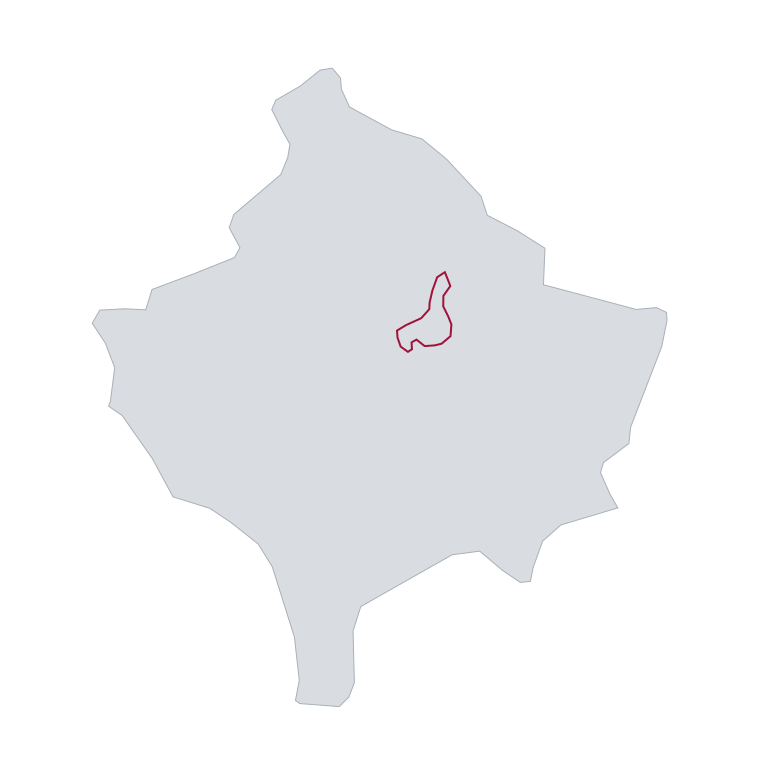 Obilić on a map of Kosovo (orthographic projection), rotated 356°
{"feature_id": "KOS-5900", "entity_name": "Obilić", "entity_type": "District", "adm_level": 1, "iso_a3": "XKX", "parent_name": "Kosovo", "parent_adm1": "", "projection": "orthographic", "projection_center": [21.04, 42.71], "detail": "fine", "context": "in_parent", "style": "outline", "palette": "rose", "viewbox_px": 768, "rotation_deg": 356, "n_neighbors": 0, "source": "natural_earth", "source_scale": "10m", "svg_char_len": 1385}
<svg xmlns="http://www.w3.org/2000/svg" viewBox="0 0 768 768"><g transform="rotate(356 384 384)"><path d="M202.3,260.7L243.7,247.4L249.8,237.9L240.5,217.2L246.1,204.3L295.6,167.9L303.8,151.3L306.9,138.2L300.3,124.3L291.2,102.5L295.7,93.4L321.3,80.9L342.1,66.4L354.4,65.3L362.0,75.8L362.0,86.7L368.8,105.1L384.1,115.0L409.5,131.1L439.0,142.2L462.2,164.2L493.9,203.5L498.8,222.9L527.4,240.3L554.0,259.8L550.0,296.1L640.7,327.2L661.1,326.8L670.8,332.3L670.7,340.6L663.7,366.0L627.0,444.3L624.1,460.5L597.4,477.7L593.8,487.5L601.5,509.0L608.6,524.0L608.0,524.0L550.7,536.9L531.3,551.8L519.9,577.6L516.3,591.1L506.1,591.5L489.2,578.2L467.8,557.4L440.0,559.1L345.3,604.4L335.9,628.2L333.6,679.9L327.1,693.8L316.9,702.7L277.7,696.9L273.6,693.5L278.8,673.7L277.0,630.3L259.8,558.5L247.4,534.9L221.6,511.4L201.6,495.9L165.7,481.9L147.7,442.3L120.7,397.3L107.7,386.9L109.8,382.5L116.5,348.8L109.0,324.1L97.2,303.1L105.6,290.5L130.7,290.9L151.5,293.4L159.2,273.5L202.3,260.7Z" fill="#d9dde1" stroke="#a8b0b8" stroke-width="1"/><path d="M452.5,276.7L454.5,282.8L457.0,290.9L449.4,300.2L448.5,310.7L452.8,321.1L455.4,329.3L453.7,340.9L444.3,347.8L437.4,349.0L427.2,349.0L419.5,342.0L414.4,344.4L414.3,351.3L410.1,353.6L403.2,347.8L400.7,338.5L400.7,331.6L410.3,326.7L425.8,320.9L434.4,312.5L435.2,305.9L438.8,294.1L444.5,281.2L452.5,276.7Z" fill="none" stroke="#9f1239" stroke-width="2"/></g></svg>